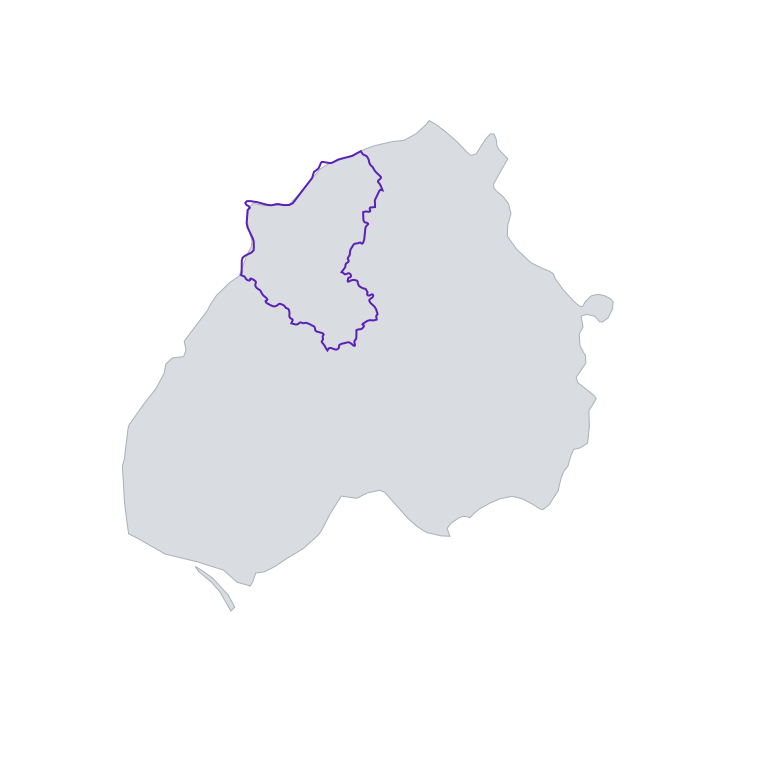 Panevezio highlighted on a map of Lithuania, rotated 298°
{"feature_id": "LTU-1071", "entity_name": "Panevezio", "entity_type": "County", "adm_level": 1, "iso_a3": "LTU", "parent_name": "Lithuania", "parent_adm1": "", "projection": "albers", "projection_center": [24.625, 55.918], "detail": "fine", "context": "in_parent", "style": "outline", "palette": "violet", "viewbox_px": 768, "rotation_deg": 298, "n_neighbors": 0, "source": "natural_earth", "source_scale": "10m", "svg_char_len": 6037}
<svg xmlns="http://www.w3.org/2000/svg" viewBox="0 0 768 768"><g transform="rotate(298 384 384)"><path d="M280.5,513.7L276.7,505.7L272.9,491.3L273.7,480.0L276.4,468.7L288.7,435.5L288.2,430.2L280.2,420.6L270.2,413.5L265.0,398.9L244.5,397.4L225.0,397.6L218.9,396.6L200.7,389.9L183.3,379.5L171.6,373.3L161.9,366.5L156.9,359.5L148.3,360.9L142.6,360.7L142.7,359.5L140.0,347.6L144.3,329.7L139.4,302.9L131.1,270.6L132.1,236.5L131.8,228.8L157.1,210.8L188.6,191.6L195.7,190.0L224.3,179.0L228.1,178.1L253.3,181.3L273.2,184.8L290.0,184.9L299.3,182.0L307.6,184.8L314.1,194.2L321.0,193.3L328.0,187.5L365.5,193.5L374.0,193.5L383.6,194.5L401.2,200.2L411.3,205.4L433.7,202.4L443.2,202.3L448.2,200.3L463.6,186.5L470.3,184.1L476.4,181.6L482.0,183.7L485.7,195.5L497.2,215.8L509.6,219.3L544.1,226.8L551.2,230.8L570.8,248.5L582.7,257.1L590.2,264.0L601.9,277.5L608.7,287.4L619.8,294.7L633.0,299.5L637.7,300.1L637.6,307.4L635.7,319.9L631.8,336.0L627.6,348.6L626.6,353.4L630.2,357.3L647.5,358.7L654.8,360.6L656.4,363.8L652.7,368.2L647.3,372.0L644.9,375.4L640.9,387.6L612.0,386.8L608.3,389.3L606.6,395.0L605.3,401.5L601.7,409.2L594.1,416.1L582.2,418.8L572.4,423.5L565.3,437.6L560.1,456.5L560.5,469.8L561.3,477.3L560.8,481.5L557.1,486.2L551.1,498.6L546.3,512.2L544.5,519.6L545.5,523.0L551.2,523.0L559.3,525.7L563.8,531.1L565.5,537.3L565.6,544.0L564.1,547.8L557.6,550.5L547.4,550.8L541.3,547.7L540.1,545.1L542.8,538.6L540.7,530.5L536.4,526.1L527.9,532.9L519.6,533.0L509.7,539.1L503.3,548.8L497.1,552.4L480.2,550.5L476.1,554.8L472.6,574.4L470.6,578.3L456.5,577.5L442.8,585.3L427.4,591.5L419.6,587.1L415.3,582.1L406.9,582.9L397.8,585.0L391.6,583.8L384.7,584.3L371.4,587.9L354.6,586.4L347.5,583.1L346.9,580.0L347.6,572.3L347.6,560.4L345.1,549.9L337.3,540.5L329.1,533.8L318.6,526.9L310.8,523.8L306.5,522.9L305.6,519.1L304.1,515.7L300.5,512.7L292.7,508.6L286.1,507.5L280.5,513.7ZM116.9,357.0L111.6,355.4L123.2,337.2L127.8,325.3L131.5,308.1L134.3,302.8L133.9,310.7L132.2,323.7L124.4,345.7L116.9,357.0Z" fill="#d9dde1" stroke="#a8b0b8" stroke-width="1"/><path d="M479.0,176.5L481.0,177.1L482.6,179.8L485.0,186.6L487.3,196.5L488.4,199.5L489.3,201.2L492.3,204.5L493.2,206.1L494.8,211.3L497.5,216.2L500.8,218.6L522.6,222.2L532.2,223.8L538.3,222.6L542.9,224.7L544.4,225.0L549.8,224.5L551.0,224.9L551.6,226.4L553.4,231.8L554.2,233.5L555.4,234.6L560.7,238.2L563.4,241.1L570.4,248.8L578.7,254.2L576.9,257.4L577.0,260.4L576.9,262.0L576.3,263.1L575.2,264.7L574.3,265.7L572.5,267.1L571.3,268.7L570.7,270.1L570.3,272.0L567.9,275.8L567.1,278.0L565.7,283.1L565.3,284.1L564.7,284.5L563.0,284.2L561.2,283.5L560.5,283.4L559.6,283.9L558.4,286.7L557.7,287.7L554.3,291.8L554.1,290.8L554.0,290.4L553.7,289.8L553.4,289.4L552.3,289.2L542.4,289.6L541.1,290.0L539.8,291.0L536.0,293.0L534.3,290.4L533.9,289.6L533.1,288.9L532.2,289.0L531.5,289.5L530.5,290.5L530.0,290.7L529.4,290.3L528.8,289.5L528.1,287.8L527.7,286.7L525.9,284.9L519.0,288.9L518.4,289.7L517.7,290.9L518.3,293.3L518.2,294.5L517.7,294.9L516.8,294.8L514.8,294.1L513.8,294.2L513.1,294.3L502.5,298.6L499.9,299.1L498.5,299.2L497.7,298.9L497.5,298.4L497.8,296.9L497.6,296.3L496.2,295.1L495.6,294.4L494.9,293.2L494.6,292.8L493.3,291.8L492.9,291.7L487.1,291.3L484.4,292.0L482.7,292.9L481.4,293.1L478.5,292.9L477.7,293.1L477.2,293.5L476.9,294.1L476.6,294.6L475.8,295.2L475.0,295.1L472.3,293.9L471.2,294.0L469.8,294.6L468.8,294.9L462.8,294.0L462.9,296.0L462.7,296.8L462.5,298.0L463.0,298.8L464.9,300.3L465.4,301.3L465.4,302.0L465.0,303.1L464.2,304.0L463.2,304.3L462.1,303.8L461.5,303.1L460.9,302.7L458.2,303.4L457.5,304.1L457.8,304.7L458.7,305.4L459.9,306.2L460.9,307.2L461.8,308.6L462.4,310.6L462.5,311.7L462.2,312.5L460.5,313.8L459.6,314.8L458.8,316.2L458.6,317.7L458.6,320.5L458.7,321.1L458.9,321.7L459.2,322.3L459.2,323.3L457.4,326.3L455.6,326.8L455.2,327.2L454.7,327.8L454.7,328.6L455.2,329.4L456.9,330.7L457.6,331.4L457.7,332.2L457.1,332.9L455.6,333.2L454.5,332.9L452.4,331.8L451.3,331.6L450.4,332.1L449.3,333.9L448.8,335.5L448.2,338.3L447.5,339.9L446.5,341.6L443.1,345.2L442.3,345.6L441.6,345.2L440.8,345.2L440.2,345.3L437.5,347.3L435.1,344.8L433.9,341.8L432.7,340.4L431.5,339.4L427.1,337.0L426.5,337.0L426.3,337.8L426.3,338.6L425.6,339.1L424.4,339.1L422.4,338.5L421.3,337.5L420.5,336.2L419.3,334.8L418.6,334.4L417.6,334.7L416.6,335.5L412.1,337.7L410.3,338.2L408.8,337.8L407.6,337.9L406.8,338.3L405.1,339.9L404.1,340.2L403.7,339.8L403.6,338.9L404.2,336.4L404.4,335.1L404.4,333.7L403.9,332.5L401.3,329.7L400.3,328.4L398.4,326.7L397.4,326.3L396.5,326.3L395.8,326.9L394.1,327.1L392.8,326.5L391.8,325.5L391.4,324.1L391.1,321.3L390.8,320.1L390.3,319.1L389.6,318.6L388.9,318.4L387.1,318.3L388.0,316.4L388.4,315.8L389.5,314.3L390.9,311.6L391.7,309.5L392.6,309.0L394.6,309.2L395.5,308.8L396.8,307.6L397.6,307.4L398.5,307.5L399.3,307.5L399.9,306.6L399.9,305.2L398.8,300.3L398.9,298.5L399.7,297.6L400.7,297.0L401.6,296.0L402.1,294.8L401.9,292.4L402.0,291.1L401.6,287.0L401.2,286.0L399.7,284.2L399.5,283.1L399.5,282.3L399.3,281.6L398.8,281.0L397.6,280.3L396.6,280.0L395.2,278.5L394.0,273.7L397.6,273.4L397.9,273.0L398.2,272.4L398.1,271.3L398.2,270.3L398.8,269.1L400.0,268.3L402.5,267.1L404.5,265.6L405.4,264.0L405.1,261.5L405.6,260.8L406.3,259.1L406.4,257.5L406.1,254.9L405.6,253.9L404.8,253.3L404.0,253.1L402.9,252.6L402.0,251.9L401.0,250.7L400.6,249.6L400.4,248.4L400.3,244.0L400.4,243.1L400.5,242.2L400.7,241.5L401.0,241.0L401.4,240.6L401.8,240.5L402.3,240.8L402.9,241.2L403.3,241.4L403.8,241.4L404.4,240.5L404.9,239.2L405.5,235.9L406.3,234.2L408.4,231.1L408.7,229.5L408.8,227.9L409.0,226.7L409.6,225.3L410.2,224.4L411.1,223.8L413.9,223.0L414.5,222.1L414.7,220.8L414.8,218.3L414.7,217.1L414.2,216.5L413.8,216.5L413.1,216.9L412.7,216.9L412.0,216.4L411.6,214.7L411.9,213.1L412.5,211.9L413.2,210.8L413.4,209.8L413.2,209.0L413.1,206.5L415.5,206.0L426.4,200.4L429.2,199.9L432.1,201.1L437.9,205.3L440.8,206.1L443.9,204.8L449.1,201.7L450.8,200.0L452.2,198.1L458.2,190.0L461.7,187.1L465.0,185.7L473.2,182.0L474.1,182.0L476.1,182.8L476.8,182.6L477.4,181.2L477.5,179.4L477.8,177.6L479.0,176.5Z" fill="none" stroke="#5b21b6" stroke-width="2"/></g></svg>